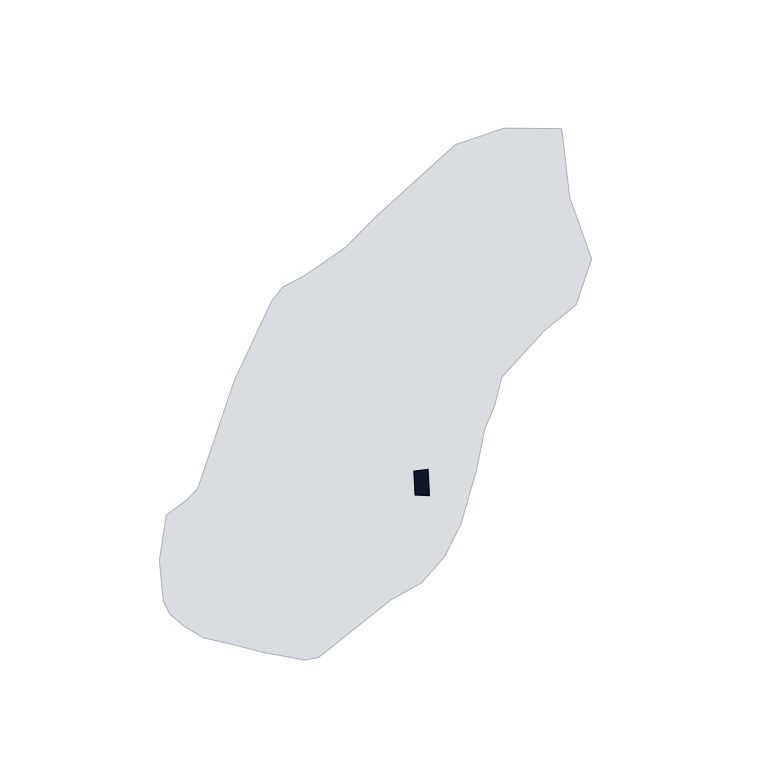 location of 57, Ar Rayyān, Qatar, rotated 30°
{"feature_id": "91078587B47648989692762", "entity_name": "57", "entity_type": "district", "adm_level": 2, "iso_a3": "QAT", "parent_name": "Qatar", "parent_adm1": "Ar Rayyān", "projection": "natural_earth1", "projection_center": [51.432, 25.189], "detail": "fine", "context": "in_parent", "style": "filled", "palette": "ink", "viewbox_px": 768, "rotation_deg": 30, "n_neighbors": 0, "source": "geoboundaries", "source_scale": "gbopen_adm2", "svg_char_len": 735}
<svg xmlns="http://www.w3.org/2000/svg" viewBox="0 0 768 768"><g transform="rotate(30 384 384)"><path d="M411.9,677.4L382.6,685.4L355.0,694.0L332.0,693.8L313.6,690.4L301.3,682.2L277.7,649.2L261.0,606.4L271.3,582.5L274.9,567.6L252.5,454.9L245.2,368.3L247.9,350.6L260.8,330.1L282.3,285.0L293.8,241.5L326.1,141.0L360.2,102.3L410.3,74.0L451.4,129.4L501.3,171.9L510.8,219.3L496.1,257.9L482.6,319.3L490.7,347.6L493.7,372.0L507.4,413.1L520.6,466.4L522.8,503.5L515.7,537.9L498.3,566.7L464.0,653.6L453.7,662.6L411.9,677.4Z" fill="#d9dde1" stroke="#a8b0b8" stroke-width="1"/><path d="M478.9,457.9L464.8,436.1L464.3,436.5L453.7,444.6L453.8,444.8L459.0,452.8L466.5,464.4L478.9,457.9Z" fill="#0f172a" stroke="#020617" stroke-width="1.5"/></g></svg>